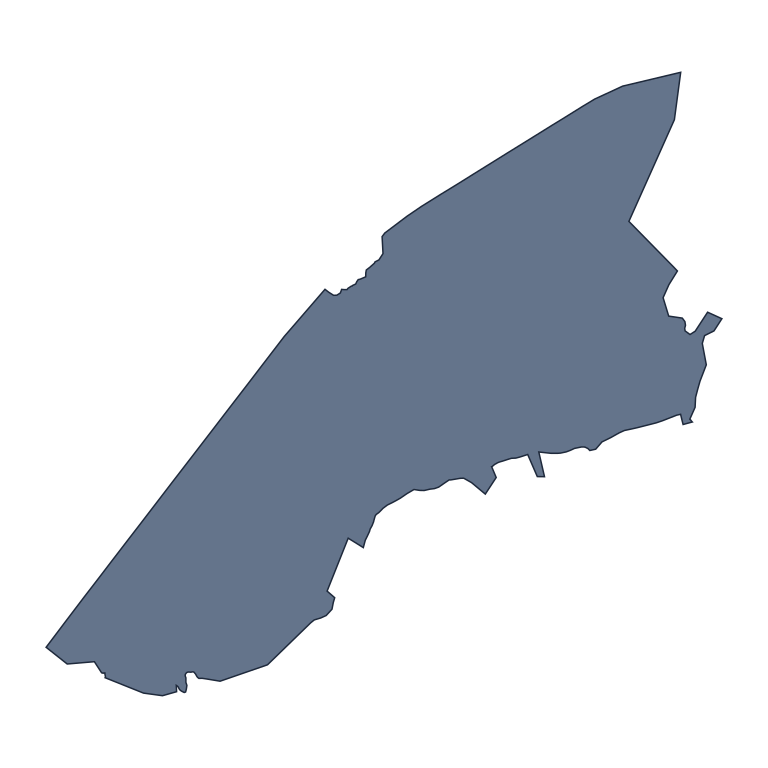 outline of Machina, Yobe, Nigeria
{"feature_id": "59680162B29257457515537", "entity_name": "Machina", "entity_type": "district", "adm_level": 2, "iso_a3": "NGA", "parent_name": "Nigeria", "parent_adm1": "Yobe", "projection": "robinson", "projection_center": [10.011, 13.038], "detail": "fine", "context": "isolated", "style": "filled", "palette": "slate", "viewbox_px": 768, "rotation_deg": 0, "n_neighbors": 0, "source": "geoboundaries", "source_scale": "gbopen_adm2", "svg_char_len": 3219}
<svg xmlns="http://www.w3.org/2000/svg" viewBox="0 0 768 768"><path d="M162.5,695.7L176.6,691.7L176.3,685.4L177.4,686.1L178.3,687.1L178.8,688.2L179.4,689.3L180.3,690.3L180.9,690.7L181.8,691.3L184.2,692.5L185.6,692.0L186.3,689.4L186.4,688.8L186.9,685.4L185.9,682.4L185.9,680.4L185.9,677.8L185.2,675.9L185.3,674.4L186.2,673.1L187.1,672.3L188.6,672.0L190.9,672.2L192.8,671.8L193.9,672.1L195.6,674.1L196.6,676.0L197.5,677.3L198.9,678.4L202.1,678.3L206.8,679.0L220.1,681.2L267.5,664.8L310.6,622.9L314.3,619.9L320.7,618.0L326.2,615.5L332.0,609.2L333.3,602.5L334.7,597.7L327.1,591.1L348.2,538.2L363.3,547.6L365.3,540.2L367.3,536.2L369.3,531.9L369.5,531.5L369.5,531.4L369.6,531.1L369.7,530.8L369.7,530.7L369.8,530.3L370.2,529.0L372.1,525.6L373.3,522.5L373.4,522.3L373.5,522.1L373.6,521.7L373.7,521.4L373.8,520.8L374.8,517.2L375.3,515.7L376.3,514.4L378.8,512.6L379.0,512.4L379.2,512.2L379.3,512.1L379.5,511.9L381.6,509.8L382.9,508.4L387.4,505.0L392.3,502.6L395.5,500.9L398.0,499.5L400.3,498.2L407.0,493.6L414.0,489.5L419.7,490.4L424.2,490.5L430.2,489.1L430.5,489.1L434.5,488.6L438.7,487.1L444.3,483.2L449.2,479.9L449.3,479.9L450.9,479.9L460.3,478.3L463.7,478.2L471.5,482.6L485.3,494.1L496.2,477.5L491.7,466.8L491.8,466.8L492.0,466.6L492.3,466.4L494.8,464.3L496.2,463.6L496.5,463.4L497.7,462.7L499.5,462.0L502.6,461.1L505.4,460.2L507.5,459.5L511.4,458.3L515.8,458.1L518.9,457.3L520.6,456.8L527.7,454.5L537.3,476.6L544.5,476.7L538.8,452.0L550.9,453.3L556.9,453.3L557.8,453.3L560.5,453.1L566.2,451.9L570.2,450.4L570.5,450.2L571.1,450.0L574.5,448.4L581.4,447.0L583.3,447.0L583.5,447.0L583.8,447.0L584.0,447.0L584.3,447.0L584.5,447.1L584.8,447.1L585.0,447.2L585.3,447.2L585.4,447.3L588.0,448.6L589.8,450.5L595.7,449.2L602.0,441.9L611.3,437.3L612.0,436.9L617.3,433.9L617.8,433.7L619.1,432.9L624.4,430.5L632.8,428.7L637.6,427.6L651.0,424.2L656.4,422.8L662.6,420.7L676.6,415.2L680.6,414.3L682.0,420.2L683.1,424.5L692.3,422.0L692.1,421.8L691.6,421.2L691.1,420.6L690.8,420.1L689.8,419.2L695.1,407.3L695.6,397.3L697.7,389.3L700.0,381.2L706.3,364.8L702.3,343.4L704.6,335.6L714.0,330.9L721.9,318.7L707.6,312.2L695.2,331.2L690.0,334.5L685.1,330.9L684.7,328.3L685.5,325.3L684.9,321.6L682.3,318.1L668.7,316.1L663.1,297.7L668.9,284.7L677.4,271.0L674.2,267.6L628.9,221.4L674.4,119.7L680.7,72.3L622.7,86.1L594.8,99.0L582.7,106.3L558.9,121.1L552.8,124.8L535.3,135.7L508.0,152.6L486.8,165.8L474.1,173.7L457.0,184.4L440.8,194.3L421.6,206.3L407.2,216.1L384.8,233.0L382.1,236.6L383.0,253.6L378.9,259.9L375.0,261.9L374.4,263.2L369.4,267.6L366.3,270.0L365.8,272.8L365.7,276.8L360.1,279.2L358.2,279.6L356.7,281.8L355.7,284.0L352.5,285.5L352.3,285.9L351.2,286.2L348.0,288.3L347.0,289.6L344.1,289.6L341.6,289.4L341.2,290.7L340.3,293.0L336.8,295.2L333.6,295.3L328.7,292.2L325.0,289.3L306.8,310.4L295.5,323.5L284.3,336.4L280.3,341.6L260.2,367.8L250.2,380.9L224.1,414.8L211.3,431.5L192.7,455.7L173.5,480.6L158.8,499.8L138.1,526.8L128.3,539.5L111.4,561.5L101.8,574.1L94.2,584.0L84.4,596.7L64.9,622.4L46.1,647.3L67.2,664.0L94.4,661.7L101.6,672.8L102.1,672.9L102.5,673.1L103.1,672.9L103.7,673.2L104.8,672.9L104.9,673.4L105.0,674.6L105.3,675.9L105.4,677.0L105.1,677.7L107.8,678.8L143.5,693.1L162.5,695.7Z" fill="#64748b" stroke="#1e293b" stroke-width="1.5"/></svg>